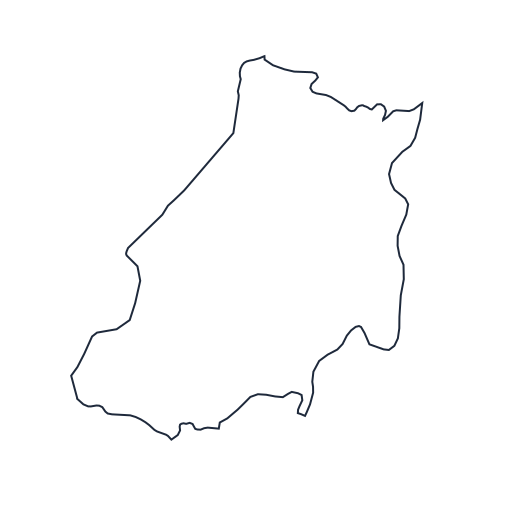 Ñuble, Mercator projection, rotated 282°
{"feature_id": "CHL-20010", "entity_name": "Ñuble", "entity_type": "Region", "adm_level": 1, "iso_a3": "CHL", "parent_name": "Chile", "parent_adm1": "", "projection": "mercator", "projection_center": [-71.968, -36.605], "detail": "fine", "context": "isolated", "style": "outline", "palette": "slate", "viewbox_px": 512, "rotation_deg": 282, "n_neighbors": 0, "source": "natural_earth", "source_scale": "10m", "svg_char_len": 2262}
<svg xmlns="http://www.w3.org/2000/svg" viewBox="0 0 512 512"><g transform="rotate(282 256 256)"><path d="M453.2,222.7L449.9,223.6L446.1,233.0L444.5,245.1L444.3,255.0L447.4,272.7L446.9,277.0L443.6,279.4L439.9,277.5L435.8,274.6L431.6,274.2L428.4,277.2L427.6,281.3L428.0,291.1L427.1,296.2L421.7,310.5L420.7,312.5L419.2,314.6L417.8,316.9L417.5,319.3L418.6,322.0L420.5,323.2L422.5,324.1L424.2,325.6L425.5,328.4L425.6,329.5L425.2,330.5L425.0,332.7L424.5,334.7L423.5,336.8L423.4,338.8L429.5,342.9L430.4,346.6L428.8,350.3L425.0,352.9L420.8,352.9L416.7,351.9L415.3,352.1L419.5,355.9L426.1,360.1L427.7,363.0L429.6,375.7L432.3,379.9L440.2,386.8L423.4,388.2L413.8,387.5L404.7,387.1L395.8,384.2L388.4,377.5L375.2,369.7L363.8,369.1L355.5,372.9L349.5,377.7L343.3,390.0L338.2,394.1L327.7,394.4L316.0,392.1L305.0,390.5L295.4,392.4L285.9,396.4L278.1,402.1L264.0,405.4L247.7,405.8L226.5,408.9L215.1,411.2L204.9,411.9L196.9,410.0L191.7,405.5L191.2,400.3L193.2,385.3L203.2,378.2L208.4,373.5L208.9,371.3L207.4,368.2L203.0,364.5L197.0,361.4L187.9,359.0L181.4,355.0L174.4,346.6L166.5,339.6L154.8,336.2L144.7,337.2L139.9,339.0L134.2,340.3L122.1,339.7L113.8,338.1L109.8,337.2L110.7,332.7L111.0,329.6L114.4,329.1L118.2,329.8L124.5,331.3L129.5,329.5L130.5,325.6L130.5,319.2L127.9,316.1L123.5,311.6L122.6,303.9L122.4,294.8L121.2,286.6L117.0,279.8L108.3,274.2L101.8,269.9L96.4,265.7L91.2,261.7L85.6,255.2L79.4,255.5L78.1,244.5L76.8,241.1L74.6,237.9L74.1,234.7L74.3,232.5L76.8,230.3L78.5,228.9L79.0,225.8L77.3,222.6L77.3,219.9L76.4,217.9L75.3,216.8L73.2,216.8L69.6,218.0L64.6,216.7L58.8,211.4L61.7,207.3L62.5,205.2L63.8,195.7L64.8,192.8L68.4,186.7L70.4,182.4L72.2,177.3L73.5,171.8L74.0,166.1L71.2,148.1L71.1,143.7L72.5,141.0L76.2,137.1L77.0,133.8L76.6,131.0L74.5,125.7L74.0,123.1L75.0,118.0L79.2,110.7L80.1,110.5L100.5,100.1L110.2,104.4L124.5,108.3L143.2,112.4L148.0,116.4L155.4,134.9L167.1,145.8L184.7,147.6L207.7,147.9L221.3,142.2L229.6,129.4L231.0,128.5L232.1,128.4L233.7,128.5L237.3,129.2L276.9,155.8L286.9,159.4L293.7,164.3L305.2,172.1L371.5,208.3L406.1,206.2L409.6,205.7L413.3,204.0L425.8,204.3L428.5,202.9L432.0,202.0L436.1,201.9L439.7,202.8L442.4,204.2L444.4,206.4L445.9,209.3L447.4,213.1L450.2,218.3L452.9,222.2L453.2,222.7Z" fill="none" stroke="#1e293b" stroke-width="2"/></g></svg>